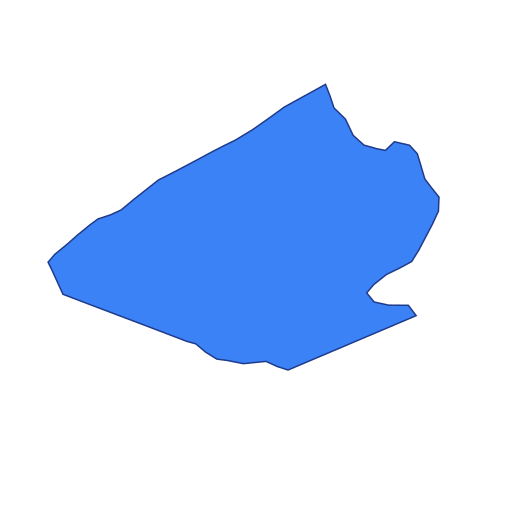 outline of Estiva Gerbi, São Paulo, Brazil, rotated 64°
{"feature_id": "56859067B75829164095202", "entity_name": "Estiva Gerbi", "entity_type": "district", "adm_level": 2, "iso_a3": "BRA", "parent_name": "Brazil", "parent_adm1": "São Paulo", "projection": "robinson", "projection_center": [-46.944, -22.24], "detail": "fine", "context": "isolated", "style": "filled", "palette": "blue", "viewbox_px": 512, "rotation_deg": 64, "n_neighbors": 0, "source": "geoboundaries", "source_scale": "gbopen_adm2", "svg_char_len": 879}
<svg xmlns="http://www.w3.org/2000/svg" viewBox="0 0 512 512"><g transform="rotate(64 256 256)"><path d="M379.8,138.2L367.1,140.7L358.3,158.4L349.1,170.0L337.7,172.7L333.3,162.7L329.8,146.8L329.8,131.8L329.2,118.5L322.2,107.3L314.0,96.1L304.8,83.6L295.7,72.4L283.3,65.7L272.2,68.2L260.7,70.5L247.2,68.2L234.8,66.2L223.7,69.5L214.0,81.5L217.8,93.4L212.2,100.8L203.6,110.4L190.1,115.8L172.2,115.6L157.1,121.0L144.6,119.3L132.2,118.3L134.5,165.2L137.7,183.3L141.0,204.1L142.8,223.8L142.8,235.2L143.1,250.0L144.0,273.4L144.6,292.6L144.9,310.4L151.6,341.2L155.5,357.1L155.2,369.0L153.4,381.7L155.2,391.4L158.9,407.2L162.5,420.1L166.3,436.1L170.4,445.6L179.9,445.6L205.8,446.3L236.6,417.4L267.7,388.1L302.5,355.5L308.6,348.6L320.4,343.4L331.5,336.4L337.1,327.9L347.2,314.6L355.1,293.2L364.7,285.3L372.5,277.2L379.8,138.2Z" fill="#3b82f6" stroke="#1e3a8a" stroke-width="1.5"/></g></svg>